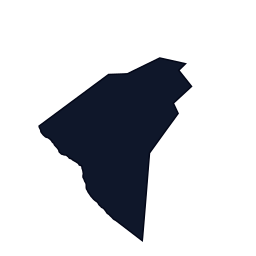 outline of João Costa, Piauí, Brazil, rotated 304°
{"feature_id": "56859067B8794694572671", "entity_name": "João Costa", "entity_type": "district", "adm_level": 2, "iso_a3": "BRA", "parent_name": "Brazil", "parent_adm1": "Piauí", "projection": "orthographic", "projection_center": [-42.621, -8.552], "detail": "fine", "context": "isolated", "style": "filled", "palette": "ink", "viewbox_px": 256, "rotation_deg": 304, "n_neighbors": 0, "source": "geoboundaries", "source_scale": "gbopen_adm2", "svg_char_len": 1527}
<svg xmlns="http://www.w3.org/2000/svg" viewBox="0 0 256 256"><g transform="rotate(304 128 128)"><path d="M44.4,167.7L44.6,169.5L42.6,202.8L45.4,201.3L81.1,181.3L107.7,166.3L119.3,159.8L148.4,160.7L159.3,161.1L161.1,161.2L162.1,161.2L168.1,161.4L173.9,151.7L198.0,157.4L204.2,137.8L213.4,139.7L203.8,115.2L172.6,97.2L170.8,94.8L169.4,92.9L161.5,82.0L79.9,53.2L78.9,54.2L78.2,55.6L77.3,57.0L76.2,57.9L75.7,59.1L75.3,60.5L74.9,61.7L74.7,63.4L74.5,64.6L75.0,66.5L75.4,67.4L75.2,68.3L75.2,69.5L75.0,70.7L74.7,71.8L74.1,73.0L73.9,74.1L73.9,75.2L73.0,76.2L72.6,77.6L72.3,78.9L72.1,79.9L71.7,81.2L71.1,82.8L70.5,83.5L69.8,84.2L69.6,85.1L69.4,86.4L69.2,87.4L69.5,88.3L69.8,89.2L70.0,90.1L70.7,91.2L71.0,92.5L70.8,93.8L70.8,94.8L70.3,95.8L70.3,96.7L70.6,97.6L70.9,98.4L70.6,99.7L70.7,101.4L70.8,102.6L70.9,103.6L70.9,104.8L70.9,106.4L70.6,107.4L70.1,108.2L70.3,109.3L70.8,110.5L70.2,111.4L69.5,112.0L68.6,112.8L68.2,113.6L67.5,114.3L66.7,115.1L65.7,116.0L65.0,116.7L63.8,117.1L62.6,117.8L61.8,118.5L61.4,119.5L60.6,120.7L59.9,121.6L59.4,122.5L59.1,123.3L58.4,124.4L57.5,125.2L56.6,125.8L55.4,126.6L54.3,127.6L53.8,128.8L53.3,129.7L52.5,131.0L51.9,132.7L51.3,134.2L50.7,135.6L50.5,136.6L50.2,137.7L49.8,139.1L49.6,140.5L49.5,141.8L49.5,143.2L49.4,144.2L49.0,145.3L48.4,146.4L48.0,147.6L47.9,149.0L47.5,150.3L47.6,151.2L47.7,152.2L47.6,153.2L47.3,154.3L46.9,155.4L46.5,156.6L46.0,157.6L45.7,158.5L45.7,159.4L45.7,160.9L45.3,162.5L45.1,164.0L44.8,165.3L44.5,166.5L44.4,167.7Z" fill="#0f172a" stroke="#020617" stroke-width="1.5"/></g></svg>